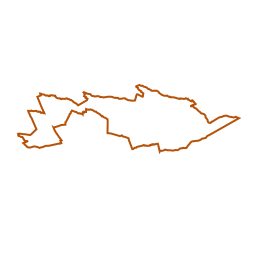 outline of Tepatlaxco de Hidalgo, Puebla, Mexico, rotated 105°
{"feature_id": "50627088B11175343650658", "entity_name": "Tepatlaxco de Hidalgo", "entity_type": "district", "adm_level": 2, "iso_a3": "MEX", "parent_name": "Mexico", "parent_adm1": "Puebla", "projection": "robinson", "projection_center": [-98.003, 19.146], "detail": "fine", "context": "isolated", "style": "outline", "palette": "amber", "viewbox_px": 256, "rotation_deg": 105, "n_neighbors": 0, "source": "geoboundaries", "source_scale": "gbopen_adm2", "svg_char_len": 5865}
<svg xmlns="http://www.w3.org/2000/svg" viewBox="0 0 256 256"><g transform="rotate(105 128 128)"><path d="M132.1,66.4L130.0,65.7L125.0,63.4L124.0,61.9L123.4,60.1L122.9,59.2L122.1,56.8L120.5,54.7L118.9,53.6L118.7,52.4L117.9,51.3L117.5,50.4L115.1,49.3L113.5,47.4L89.8,23.3L89.5,26.0L89.2,26.7L90.0,27.6L90.5,29.0L90.8,33.2L90.8,34.2L90.5,35.7L91.2,37.8L91.7,38.7L92.9,40.1L93.3,41.2L94.6,43.1L100.1,48.3L100.3,48.8L100.8,48.9L101.0,49.3L101.7,49.6L102.0,51.0L101.6,52.1L100.4,53.0L99.9,53.1L99.3,53.6L98.3,54.8L97.9,55.7L96.2,56.3L95.8,56.7L95.1,57.7L94.9,58.6L94.8,60.4L95.0,60.9L94.7,61.5L93.8,62.8L93.7,63.5L93.3,64.3L91.8,66.7L91.4,68.0L91.4,68.7L91.0,69.8L90.3,70.4L90.3,71.4L90.7,72.4L90.7,72.8L90.4,72.9L90.1,72.7L88.9,71.3L87.6,68.9L87.4,68.8L87.3,69.2L87.4,69.8L86.5,70.0L85.8,71.3L85.2,71.7L85.0,72.4L84.7,72.6L84.6,73.0L85.0,73.5L85.8,73.5L85.6,74.9L85.2,76.1L84.9,76.8L85.0,77.3L84.5,77.6L84.7,77.8L84.5,78.4L84.5,78.7L84.4,78.7L84.3,79.5L84.4,80.1L85.0,80.5L85.4,81.2L85.4,81.4L85.5,81.8L85.4,82.2L85.7,83.0L85.7,83.9L85.8,84.8L86.2,85.6L86.6,85.6L86.5,91.6L87.3,95.1L87.0,95.5L87.4,96.0L87.0,97.1L86.9,98.1L86.6,98.7L87.3,100.3L87.4,101.5L87.3,103.6L86.4,106.1L86.2,106.8L85.8,107.3L85.3,107.7L85.0,108.3L84.7,109.5L84.6,110.3L84.9,110.9L85.0,112.0L85.3,112.3L85.5,113.0L85.9,114.9L85.7,115.4L85.4,115.8L85.0,117.6L85.1,118.3L84.9,119.0L84.2,120.1L84.1,120.6L83.9,121.9L84.0,123.7L83.5,124.6L83.4,125.1L83.8,125.9L83.8,126.6L83.5,128.1L83.9,128.5L84.0,128.8L84.3,129.2L85.2,130.2L85.4,130.7L86.0,130.8L86.4,130.2L86.7,128.7L87.6,128.3L88.2,127.5L88.6,126.5L89.0,125.1L89.2,124.5L89.5,124.3L89.8,124.5L89.9,124.3L90.5,122.2L93.8,121.8L94.0,121.9L94.0,122.6L93.1,126.7L93.0,127.9L94.4,128.4L95.8,128.3L99.6,128.4L100.0,129.5L100.4,130.3L100.7,132.3L100.9,134.1L101.1,135.0L101.0,135.5L100.8,136.2L100.6,137.5L100.1,138.4L100.6,140.3L101.5,142.1L102.0,143.7L102.1,144.4L101.6,145.3L101.6,146.0L102.1,147.5L102.0,148.1L102.3,148.9L102.3,150.2L102.0,151.5L102.9,155.3L104.8,159.5L104.8,160.7L105.3,162.9L105.1,163.1L104.9,164.4L105.2,166.0L105.5,166.7L105.8,167.1L105.9,167.6L106.2,168.3L106.1,168.8L106.1,169.5L106.3,171.1L106.0,172.0L105.5,172.4L105.2,172.8L105.1,174.0L105.3,174.9L105.3,175.9L105.4,177.2L105.1,177.7L105.0,178.9L105.0,179.4L104.8,179.9L105.1,180.1L105.2,179.8L105.9,179.2L106.6,178.9L106.8,178.4L108.7,178.7L108.9,176.8L109.4,176.8L109.5,176.4L110.0,176.5L110.2,174.7L111.7,174.8L119.0,182.0L118.6,182.6L118.5,183.1L118.3,183.4L118.0,183.7L118.0,183.9L117.8,184.1L117.3,186.7L116.9,187.2L116.9,187.7L116.4,188.3L115.9,189.7L115.7,190.0L115.8,191.2L115.7,191.6L115.5,191.8L115.4,192.2L115.6,193.1L115.2,194.5L115.2,194.8L115.6,195.6L115.9,195.7L116.0,195.9L116.5,197.6L116.7,199.1L117.4,199.9L117.4,200.4L117.0,200.8L117.2,201.4L117.1,201.9L117.5,203.3L117.5,203.7L117.0,205.5L116.2,206.2L116.1,206.5L115.9,206.6L116.2,206.9L115.8,207.8L115.8,208.3L116.0,208.6L116.2,210.1L116.2,210.8L116.7,211.7L117.4,211.7L117.8,212.8L117.7,213.3L117.3,213.8L117.6,214.9L117.9,215.4L118.0,215.9L117.6,216.8L117.5,217.9L117.7,219.8L117.4,220.9L117.5,221.8L119.1,220.7L121.4,223.6L122.6,222.7L130.4,216.8L135.4,212.6L135.5,214.0L135.3,214.4L135.5,215.3L135.9,215.8L135.9,216.3L135.7,216.6L135.4,216.5L135.2,216.7L135.1,217.0L135.2,218.5L135.6,218.9L135.5,219.3L135.7,219.9L135.6,220.2L135.3,220.6L135.2,221.1L136.1,223.4L136.4,225.1L136.2,225.7L136.7,226.3L136.7,226.7L136.9,227.5L137.1,227.7L137.3,228.8L139.0,227.7L140.5,226.2L142.0,225.3L142.9,224.1L152.9,216.1L158.7,219.6L160.1,220.6L160.8,226.5L161.2,228.2L161.4,230.7L161.7,232.0L161.9,232.5L162.1,232.7L162.6,232.2L162.7,231.6L163.0,231.6L163.4,232.0L163.8,232.0L163.9,231.8L164.0,230.3L164.3,229.2L164.1,227.9L164.1,227.6L164.9,226.6L165.2,226.6L165.4,226.5L166.0,225.4L166.8,224.9L166.9,224.7L167.1,224.3L167.1,223.6L166.5,221.1L169.7,225.3L169.9,224.9L170.1,224.3L171.0,222.9L172.3,220.4L172.5,220.3L172.6,219.9L172.5,218.8L172.0,217.0L170.6,214.9L170.1,213.8L169.9,212.8L169.8,210.4L170.0,209.2L170.1,208.2L169.1,206.8L168.8,205.9L168.2,205.0L166.8,203.3L166.3,202.2L165.6,199.7L160.6,190.1L160.8,189.8L159.9,188.5L157.9,190.0L157.2,188.9L154.2,192.7L150.6,196.9L149.2,198.3L146.7,200.1L146.8,199.8L146.4,199.2L143.6,194.8L142.4,193.3L141.0,189.3L138.8,189.9L138.7,189.7L138.2,189.5L133.8,188.5L133.2,188.6L132.9,188.3L131.9,188.1L130.8,187.9L129.7,188.0L129.6,187.7L128.8,187.2L127.8,187.3L125.7,186.7L125.6,186.2L126.0,184.2L126.0,181.9L126.7,180.3L126.7,179.3L126.4,178.9L126.5,178.6L126.3,178.3L126.5,177.4L126.2,176.6L126.3,176.3L125.9,176.1L126.1,175.5L126.3,175.3L124.6,175.5L124.7,175.2L124.5,174.4L123.5,174.5L123.5,173.4L123.4,172.7L120.5,173.3L120.7,171.4L120.4,171.0L120.4,170.1L120.0,169.6L119.8,169.1L119.7,168.8L119.9,168.2L119.7,167.3L120.6,164.6L120.7,163.9L120.5,163.1L121.1,162.1L121.5,161.0L121.5,160.4L121.8,159.8L121.8,159.3L122.0,158.8L123.5,156.3L123.1,155.9L123.3,155.2L123.9,154.3L124.1,152.2L124.5,151.3L124.7,150.7L124.9,150.3L124.9,150.0L127.3,149.2L138.2,146.5L138.3,146.2L138.0,145.5L138.1,145.3L137.7,143.0L137.9,133.6L136.7,132.0L137.4,131.1L137.5,127.3L137.8,124.8L139.3,124.1L147.3,118.4L146.9,117.5L146.6,117.4L145.2,116.2L145.0,115.1L144.0,114.5L143.8,114.2L143.1,113.0L142.7,111.9L141.9,110.8L141.4,109.5L141.1,109.1L140.7,108.9L140.5,108.7L140.7,107.4L140.4,107.3L140.5,106.6L140.3,106.3L140.4,105.4L140.2,105.1L140.1,104.0L139.8,103.5L139.6,102.9L139.0,102.5L139.1,102.0L138.5,101.8L138.3,101.4L138.3,100.6L138.0,100.3L137.4,100.3L137.4,99.2L137.1,99.0L137.2,98.1L136.7,97.8L136.6,97.5L136.6,97.2L136.2,96.7L135.8,96.0L135.5,95.0L142.6,91.2L141.7,90.9L141.4,90.6L141.3,89.3L140.0,87.2L139.6,87.0L139.5,86.6L139.2,86.2L139.3,85.3L139.3,84.4L139.1,83.3L138.4,80.6L138.3,79.1L137.7,77.6L136.9,76.3L136.8,75.2L136.4,74.1L135.7,73.4L134.5,72.6L134.2,72.2L133.5,70.2L133.0,69.9L132.9,68.5L132.1,66.4Z" fill="none" stroke="#b45309" stroke-width="2"/></g></svg>